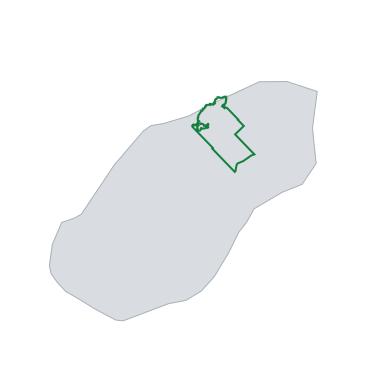 73, Ar Rayyān, Qatar (highlighted), rotated 46°
{"feature_id": "91078587B33419778787215", "entity_name": "73", "entity_type": "district", "adm_level": 2, "iso_a3": "QAT", "parent_name": "Qatar", "parent_adm1": "Ar Rayyān", "projection": "mercator", "projection_center": [50.94, 25.696], "detail": "fine", "context": "in_parent", "style": "outline", "palette": "green", "viewbox_px": 384, "rotation_deg": 46, "n_neighbors": 0, "source": "geoboundaries", "source_scale": "gbopen_adm2", "svg_char_len": 5358}
<svg xmlns="http://www.w3.org/2000/svg" viewBox="0 0 384 384"><g transform="rotate(46 192 192)"><path d="M207.7,343.4L191.3,347.5L175.9,351.9L163.1,351.7L152.8,350.0L145.9,345.8L132.7,328.9L123.4,306.9L129.1,294.7L131.1,287.0L118.5,229.0L114.3,184.4L115.8,175.3L123.1,164.7L135.1,141.4L141.5,118.9L159.5,66.9L178.6,46.9L206.7,32.1L229.7,60.9L257.7,82.9L263.0,107.4L254.8,127.4L247.2,159.1L251.7,173.7L253.4,186.3L261.1,207.5L268.4,235.0L269.7,254.0L265.7,271.7L256.0,286.5L236.8,331.1L231.1,335.8L207.7,343.4Z" fill="#d9dde1" stroke="#a8b0b8" stroke-width="1"/><path d="M155.8,108.4L155.6,108.7L155.4,108.7L155.3,108.8L155.2,109.0L154.5,109.3L154.2,109.3L154.2,109.5L154.1,109.4L153.8,109.6L153.2,109.6L153.3,109.9L153.4,110.0L153.1,110.3L153.2,110.5L152.0,110.7L151.7,110.6L151.4,110.7L151.4,110.4L151.0,110.4L150.9,110.6L150.9,109.8L150.9,109.7L150.8,109.2L151.1,108.5L151.3,108.5L151.4,108.3L151.6,108.2L151.7,107.6L151.8,107.6L151.4,106.6L151.5,106.6L151.5,106.2L151.3,106.1L151.2,105.8L151.0,105.6L150.8,105.6L150.7,105.4L150.7,105.2L150.8,105.1L150.7,104.9L150.5,104.7L150.2,104.6L150.0,104.3L150.0,104.2L149.6,104.0L149.5,103.4L149.4,103.1L149.0,103.1L148.6,103.0L148.5,102.9L148.5,102.7L148.4,102.7L148.2,102.5L148.1,102.0L147.8,102.1L146.7,101.9L146.5,102.0L146.5,101.9L146.4,102.0L146.2,102.2L146.1,102.6L146.0,102.9L145.8,102.9L145.8,103.2L145.7,103.3L145.6,103.6L145.6,103.8L145.5,104.2L145.4,104.2L145.4,104.3L145.2,104.8L144.9,105.0L144.5,105.5L144.3,106.0L143.3,106.4L143.3,106.5L143.2,106.5L143.0,106.8L142.4,106.9L142.4,107.1L142.2,107.3L142.3,107.3L142.4,107.5L142.2,107.7L142.1,107.8L142.0,108.2L142.2,108.3L142.2,108.5L142.1,108.8L142.1,109.3L142.1,109.6L141.9,109.6L141.8,109.9L141.8,110.1L142.0,110.2L142.0,110.4L141.8,110.4L141.8,110.7L141.7,110.7L141.7,110.8L141.9,110.8L141.9,111.2L142.2,112.0L142.4,112.5L142.6,112.5L142.8,112.7L142.7,112.7L142.8,112.9L142.8,113.4L143.3,113.5L143.3,113.8L143.2,114.2L143.3,114.2L143.3,114.3L144.1,114.3L143.9,114.8L143.7,114.8L143.7,115.1L144.0,115.1L144.0,115.3L143.9,115.3L143.7,115.4L143.9,115.7L143.9,116.0L143.7,116.1L143.5,116.4L143.3,116.4L143.2,116.6L142.9,116.7L142.9,116.9L142.8,117.0L142.7,117.0L142.4,117.2L142.1,117.3L141.8,117.3L141.8,117.6L141.4,117.7L141.3,117.8L141.2,118.1L141.3,118.2L141.1,118.2L141.2,118.5L141.2,119.0L141.0,119.4L140.8,119.5L140.7,119.6L140.4,119.8L140.2,120.3L139.9,120.6L139.7,120.7L139.7,120.8L139.8,120.8L139.5,121.3L139.5,121.9L139.3,122.0L139.4,122.3L139.6,122.3L139.6,122.6L139.5,122.8L139.5,123.0L140.0,123.2L140.0,123.4L140.2,123.5L140.2,123.8L140.3,123.9L140.3,124.3L140.2,124.8L140.3,124.8L140.3,125.1L140.3,125.4L140.3,126.0L140.4,126.3L140.5,126.5L140.4,126.7L140.3,126.9L140.2,126.9L140.3,127.0L140.5,127.5L140.7,128.1L140.4,128.3L140.4,128.5L140.1,128.7L140.2,128.8L140.2,129.1L140.1,129.5L140.2,129.9L140.2,130.0L140.4,130.1L140.7,130.3L140.7,130.5L140.8,131.1L140.7,131.5L140.9,131.8L140.9,132.2L141.0,132.5L141.3,132.9L141.3,133.0L141.2,133.1L141.2,134.0L141.4,134.1L141.7,134.6L141.9,134.8L142.1,135.6L142.6,135.7L142.6,135.9L142.8,136.1L143.0,136.2L143.0,136.7L143.1,136.8L143.2,137.0L143.3,137.0L143.5,137.3L144.0,137.5L144.4,137.8L144.7,137.8L144.8,138.1L145.4,137.9L145.4,138.0L145.5,138.0L145.4,138.1L145.5,138.3L145.5,138.6L145.8,138.7L145.9,139.1L146.8,139.4L146.8,139.5L147.1,139.6L147.4,139.7L147.4,139.3L147.7,139.2L148.3,138.7L148.6,138.7L148.8,138.5L149.1,138.5L149.1,138.4L149.1,137.8L149.3,137.7L150.0,137.4L150.3,137.2L150.8,137.1L151.3,136.7L151.6,136.8L151.8,137.1L152.5,137.4L152.6,137.2L152.9,137.0L153.1,136.7L153.5,136.7L153.5,136.3L153.8,136.3L153.9,135.5L154.1,135.5L154.1,135.1L154.1,134.9L154.4,134.6L154.5,134.4L154.4,134.0L154.1,133.8L154.1,133.3L154.3,133.3L154.6,133.3L154.6,133.7L154.4,133.5L154.3,133.8L154.6,133.7L154.6,134.0L155.0,134.2L155.1,134.7L155.3,135.2L155.8,135.0L155.9,135.6L156.2,135.8L156.2,135.0L156.3,135.2L156.7,135.3L156.8,135.7L156.7,136.2L156.6,136.4L156.2,136.6L155.9,136.7L155.7,136.9L155.3,136.9L155.4,137.6L155.4,138.1L155.0,138.9L154.5,139.4L154.2,139.6L154.2,139.8L153.9,140.3L153.6,140.7L153.1,140.8L152.9,140.8L152.5,140.7L152.3,140.9L152.4,141.2L152.4,141.3L152.5,141.3L152.7,141.5L152.8,141.7L153.0,141.8L153.3,142.6L153.4,143.6L153.2,144.0L152.9,144.3L152.3,144.6L152.2,144.7L152.1,144.8L151.8,144.9L151.8,145.0L151.7,145.0L151.4,145.1L151.1,145.0L150.6,145.2L150.3,144.9L150.2,144.4L150.3,144.1L150.1,144.1L150.0,143.9L149.7,143.9L149.4,143.7L149.3,143.3L149.2,143.3L149.1,143.1L148.9,142.8L148.6,142.6L148.4,142.3L148.4,141.9L148.6,141.2L148.4,141.2L148.4,141.5L148.3,141.4L148.1,141.4L148.0,141.1L147.9,141.1L148.0,141.2L148.0,141.5L148.2,142.5L147.9,142.6L147.8,142.4L147.3,142.5L147.2,142.3L146.9,141.8L147.0,141.8L147.0,141.4L146.6,141.4L146.5,141.5L146.3,141.5L146.2,141.4L146.2,141.7L146.3,141.7L146.3,141.8L146.5,142.0L146.7,142.3L146.6,142.7L146.4,143.0L146.2,143.3L145.9,143.6L145.7,143.6L145.4,143.8L145.4,143.7L145.3,143.8L145.2,143.7L145.1,143.8L144.7,143.9L144.7,144.1L144.8,144.1L144.7,144.3L144.4,144.3L144.3,144.5L144.5,144.7L144.5,144.8L144.6,144.7L144.7,144.9L145.0,145.0L144.9,145.5L145.5,145.7L145.4,145.9L145.4,146.0L145.4,146.4L175.0,146.4L175.0,147.3L207.3,147.3L207.3,146.5L203.5,141.1L203.1,139.5L205.4,133.5L206.9,124.0L208.3,121.0L180.5,121.0L180.5,108.9L171.9,108.9L171.9,108.4L155.8,108.4Z" fill="none" stroke="#15803d" stroke-width="2"/></g></svg>